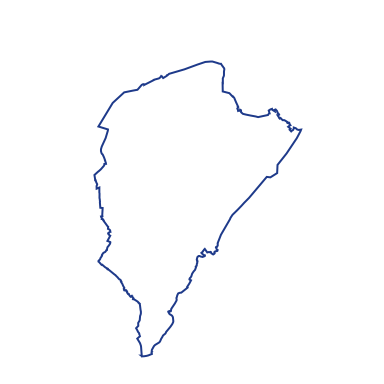 outline of Aalten, Gelderland, Netherlands, rotated 330°
{"feature_id": "6326949B6406677734864", "entity_name": "Aalten", "entity_type": "district", "adm_level": 2, "iso_a3": "NLD", "parent_name": "Netherlands", "parent_adm1": "Gelderland", "projection": "mercator", "projection_center": [6.543, 51.914], "detail": "fine", "context": "isolated", "style": "outline", "palette": "blue", "viewbox_px": 384, "rotation_deg": 330, "n_neighbors": 0, "source": "geoboundaries", "source_scale": "gbopen_adm2", "svg_char_len": 5799}
<svg xmlns="http://www.w3.org/2000/svg" viewBox="0 0 384 384"><g transform="rotate(330 192 192)"><path d="M66.4,309.3L68.4,310.3L70.7,311.2L72.6,311.7L76.3,312.2L76.8,310.6L77.4,310.4L77.3,310.2L77.4,309.9L78.1,308.9L78.7,308.4L79.8,307.8L80.2,307.5L82.1,306.4L83.6,306.0L88.1,305.9L89.0,305.7L89.8,305.3L92.1,303.6L93.5,302.9L95.0,301.9L95.6,301.7L98.1,301.3L99.0,300.8L99.5,300.3L105.7,298.0L108.7,296.6L110.5,295.4L111.2,294.6L112.7,291.3L112.9,290.5L112.9,289.5L112.7,288.6L111.6,286.7L111.5,286.2L111.5,284.0L111.6,283.7L111.9,283.6L112.4,284.3L113.3,283.9L113.6,284.0L113.8,284.1L113.9,284.7L114.0,284.7L115.7,282.8L121.4,280.0L124.4,278.2L125.1,277.2L125.2,276.8L125.5,276.0L126.1,275.6L127.6,274.1L129.2,273.0L129.5,272.9L131.1,273.2L132.4,273.8L140.4,272.6L140.4,272.4L140.3,271.8L144.0,269.9L147.0,268.0L146.1,266.7L146.1,266.3L146.3,266.1L147.1,265.5L147.8,265.4L149.1,264.8L151.3,262.8L153.7,261.6L155.8,260.9L156.8,260.0L157.5,259.5L157.7,259.3L157.8,258.6L158.3,258.3L159.2,258.2L160.3,256.6L161.1,256.1L161.3,255.8L161.4,255.3L161.9,254.7L162.1,254.7L162.3,254.1L162.0,254.0L162.2,253.3L162.4,252.8L163.7,251.5L164.5,250.9L165.9,250.8L166.4,251.1L167.6,252.6L168.3,253.1L168.6,253.5L170.2,253.8L171.2,253.8L171.5,253.3L170.8,252.6L170.4,251.9L170.2,251.1L169.7,249.9L169.7,249.4L171.4,249.1L171.8,248.9L172.1,248.6L172.8,248.4L173.5,248.0L174.6,247.7L175.0,252.0L176.3,252.3L177.0,252.9L177.9,253.0L178.2,253.2L178.3,253.3L178.3,253.8L178.1,254.4L178.1,254.8L178.5,255.4L178.9,256.4L179.2,256.7L180.5,256.6L180.9,256.4L181.1,256.3L181.2,256.0L181.1,255.5L181.2,255.3L182.5,255.0L184.0,255.6L184.4,255.7L184.7,255.6L185.2,255.0L184.8,254.4L184.8,254.2L184.8,253.2L185.2,252.6L185.0,252.0L185.2,251.8L185.5,252.0L186.2,252.0L186.5,251.6L187.1,251.5L187.4,251.3L187.8,250.8L188.3,249.7L188.7,249.3L188.7,249.1L195.7,243.5L211.2,234.6L212.5,233.6L215.7,232.0L222.7,230.2L227.9,228.7L231.6,227.5L238.5,225.6L264.3,216.3L267.2,218.5L275.2,218.2L279.6,211.3L293.2,205.9L307.8,198.7L309.5,197.9L314.0,195.1L316.5,193.5L317.7,192.5L315.7,191.7L315.3,191.5L314.3,190.4L313.8,188.7L312.4,187.1L312.0,187.8L310.6,188.8L308.9,188.9L308.2,189.1L307.9,187.7L307.7,186.9L309.0,186.5L307.9,183.6L309.7,183.3L310.6,183.4L310.5,182.1L310.8,180.7L310.5,180.6L309.9,180.7L309.1,179.8L309.1,179.6L309.7,179.2L308.1,176.3L307.7,175.8L306.5,175.2L306.2,174.4L305.7,172.2L304.8,172.3L304.8,172.0L304.5,171.7L304.6,170.7L304.5,168.3L305.4,168.7L306.1,168.6L306.1,167.6L306.0,167.1L305.7,166.7L306.0,165.1L306.1,164.1L305.7,162.3L304.4,162.1L304.0,163.5L302.6,160.9L302.6,160.5L302.8,160.0L301.2,159.7L299.2,159.8L298.6,162.3L298.5,162.2L296.3,163.3L286.7,160.2L284.9,158.4L281.0,155.1L277.5,152.0L275.2,149.8L274.4,147.5L275.3,145.7L274.9,145.0L274.4,145.8L273.3,145.2L273.5,144.9L272.5,144.8L272.9,143.5L273.0,142.9L273.3,142.5L273.1,142.3L273.2,142.2L274.2,142.0L274.3,141.0L274.6,141.0L275.0,136.6L275.3,134.1L275.6,132.0L275.6,131.3L275.4,130.4L275.3,130.5L275.0,130.1L273.8,125.1L268.9,120.3L273.0,112.9L273.2,113.1L275.5,109.0L277.6,107.4L278.1,106.8L279.9,103.7L281.4,101.8L281.7,100.9L281.5,99.8L281.5,98.8L281.3,97.9L281.2,95.5L280.9,95.4L279.6,94.3L278.9,93.5L278.9,93.4L274.9,89.2L272.9,88.1L268.5,86.0L260.6,84.4L246.8,82.0L231.2,78.2L230.1,78.5L229.1,78.4L229.1,78.6L228.0,78.8L224.0,78.9L223.7,76.7L223.3,76.6L223.2,76.2L221.7,76.9L220.2,77.1L215.3,75.8L215.2,75.8L215.3,76.0L204.5,75.4L204.8,75.1L204.2,74.6L203.5,74.2L202.5,74.1L202.0,74.1L195.9,76.2L191.4,74.6L183.1,71.8L167.9,75.2L143.7,88.5L150.5,95.8L149.8,96.8L147.8,98.7L144.2,102.1L136.6,107.5L134.6,109.4L133.6,111.1L133.1,113.0L133.1,114.1L133.4,114.8L133.1,118.1L132.7,120.3L132.6,120.9L132.5,121.3L132.4,121.3L132.0,123.5L131.6,124.6L130.8,124.2L130.1,123.9L129.3,125.0L128.7,125.3L124.3,126.8L121.4,127.4L121.0,127.4L116.0,128.5L114.6,132.2L114.2,133.0L114.5,133.0L114.5,133.4L113.9,135.9L113.8,137.8L113.7,138.0L112.3,139.2L111.1,141.4L114.0,141.8L111.5,146.1L111.1,147.2L108.9,150.9L108.7,151.5L108.5,152.1L107.4,154.5L107.1,154.8L104.7,159.8L106.6,161.2L102.8,167.0L102.3,168.2L101.0,167.7L100.8,168.5L100.8,169.7L100.5,170.2L100.4,170.3L100.7,170.5L101.1,170.6L101.3,171.6L101.3,172.4L101.0,172.4L101.8,179.9L102.0,180.2L100.8,181.9L101.3,182.5L101.7,183.3L101.9,183.9L101.9,184.3L101.4,185.7L101.0,185.5L99.7,185.6L98.9,185.7L98.7,185.9L98.5,186.2L98.5,186.3L98.9,186.9L98.8,187.1L98.9,187.8L98.8,188.1L99.3,189.0L94.3,192.1L96.2,194.5L96.1,194.8L95.2,195.8L93.2,196.8L91.3,197.5L90.5,198.2L89.2,199.8L88.5,199.6L88.1,200.0L86.9,200.5L84.9,200.4L84.6,200.6L84.0,200.7L83.4,201.1L82.8,201.3L82.3,201.7L82.3,202.1L81.5,202.6L79.6,203.5L79.0,204.1L78.3,204.5L77.2,204.7L76.6,204.9L76.2,205.5L76.5,206.1L77.2,209.7L77.4,210.1L77.9,210.1L79.0,213.3L79.6,214.6L80.7,216.3L80.2,216.7L81.1,217.9L83.8,225.1L84.1,225.5L84.5,227.4L84.9,228.6L85.1,230.1L85.2,230.3L85.4,231.3L86.1,232.2L86.1,233.7L86.0,234.2L86.0,234.3L85.6,234.3L85.7,237.2L85.5,238.2L85.4,239.8L85.5,241.0L84.9,241.5L84.5,241.7L84.4,242.1L84.5,242.3L84.9,242.8L84.9,243.3L84.4,243.5L84.9,244.0L85.5,244.0L85.9,244.2L86.0,245.4L85.8,245.4L85.7,245.6L85.5,246.7L85.6,248.1L85.8,248.1L85.8,248.5L86.3,248.9L86.1,249.5L86.1,249.8L86.3,251.6L86.6,252.2L87.3,252.1L87.8,251.8L88.0,251.8L88.0,252.3L88.2,252.6L87.9,253.2L87.9,253.9L88.1,254.3L88.2,254.7L87.3,255.3L87.4,255.5L87.9,255.6L88.3,256.2L89.5,258.5L90.2,259.9L90.2,260.7L90.4,260.8L90.8,262.3L90.6,262.3L90.7,262.7L90.5,263.7L88.7,267.9L87.9,270.1L87.0,271.6L86.3,272.4L85.0,273.5L82.7,276.8L82.2,277.2L79.9,278.5L78.7,280.8L78.5,281.1L75.5,282.0L75.5,284.6L75.4,285.5L75.3,285.8L75.6,287.8L75.4,288.5L75.1,289.3L74.9,289.6L74.7,289.6L75.0,289.7L74.8,290.9L71.3,291.6L71.4,296.7L71.3,297.4L70.9,299.5L70.5,300.6L66.6,308.7L66.3,308.5L66.5,309.0L66.4,309.3Z" fill="none" stroke="#1e3a8a" stroke-width="2"/></g></svg>